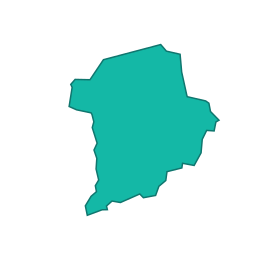 the district of Oglethorpe, Georgia, United States of America, rotated 140°
{"feature_id": "52423323B55328692258932", "entity_name": "Oglethorpe", "entity_type": "district", "adm_level": 2, "iso_a3": "USA", "parent_name": "United States of America", "parent_adm1": "Georgia", "projection": "orthographic", "projection_center": [-83.037, 33.869], "detail": "fine", "context": "isolated", "style": "filled", "palette": "teal", "viewbox_px": 256, "rotation_deg": 140, "n_neighbors": 0, "source": "geoboundaries", "source_scale": "gbopen_adm2", "svg_char_len": 741}
<svg xmlns="http://www.w3.org/2000/svg" viewBox="0 0 256 256"><g transform="rotate(140 128 128)"><path d="M159.3,182.3L155.7,175.0L146.6,163.4L146.9,161.5L150.2,154.7L155.1,151.3L161.4,136.2L168.2,133.0L171.4,124.8L178.8,117.1L183.9,107.0L190.1,104.8L193.1,99.5L200.2,99.4L210.7,95.8L215.3,87.3L200.4,82.0L196.3,78.7L194.6,82.1L187.2,82.3L181.7,75.8L161.4,69.9L161.0,64.7L150.2,58.6L141.8,63.5L132.8,63.5L126.2,69.5L112.4,62.8L108.9,65.9L101.4,56.8L88.0,62.0L78.4,71.6L69.3,75.6L63.9,70.4L56.8,76.1L53.3,75.5L54.2,87.6L50.1,95.0L51.1,98.8L62.5,113.9L61.8,115.5L50.9,136.4L40.7,151.0L49.2,162.2L49.3,170.9L102.9,196.1L126.1,189.4L137.3,199.2L143.8,198.2L144.7,195.0L159.3,182.3Z" fill="#14b8a6" stroke="#0f766e" stroke-width="1.5"/></g></svg>